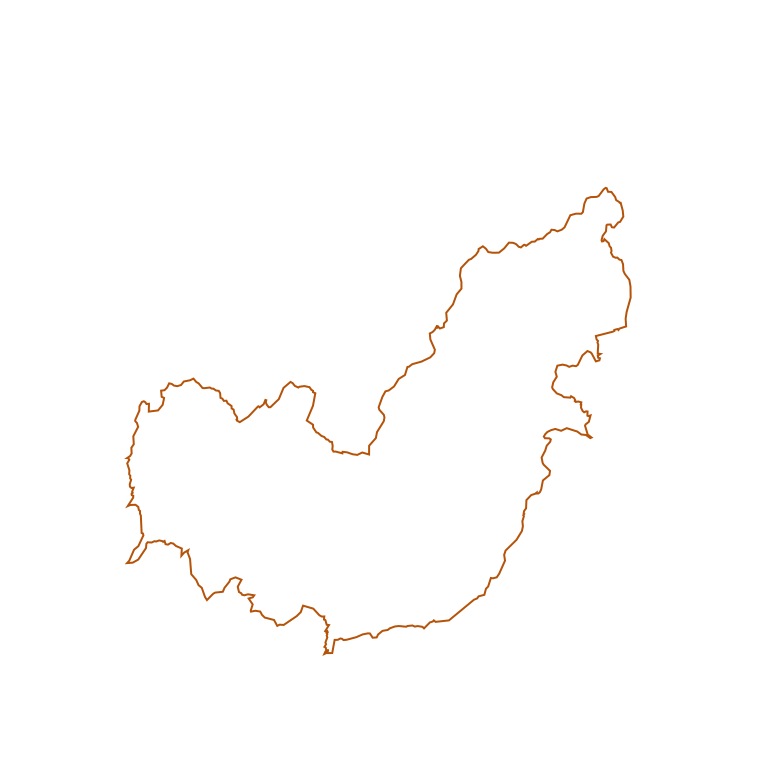 outline of Almasu, Salaj, Romania, rotated 116°
{"feature_id": "2599482B45956025048806", "entity_name": "Almasu", "entity_type": "district", "adm_level": 2, "iso_a3": "ROU", "parent_name": "Romania", "parent_adm1": "Salaj", "projection": "robinson", "projection_center": [23.079, 46.933], "detail": "fine", "context": "isolated", "style": "outline", "palette": "amber", "viewbox_px": 768, "rotation_deg": 116, "n_neighbors": 0, "source": "geoboundaries", "source_scale": "gbopen_adm2", "svg_char_len": 6166}
<svg xmlns="http://www.w3.org/2000/svg" viewBox="0 0 768 768"><g transform="rotate(116 384 384)"><path d="M629.9,527.1L628.3,523.3L625.9,521.4L625.5,519.8L623.1,517.4L622.3,513.9L622.7,513.3L621.3,512.4L623.7,510.2L623.5,509.1L623.0,507.7L620.4,506.0L619.8,503.5L620.8,499.9L620.5,493.6L627.2,490.8L623.1,489.7L619.2,487.1L621.4,486.8L626.3,481.6L639.4,473.9L642.5,466.8L646.1,462.5L647.0,458.5L653.8,451.6L655.8,448.4L647.4,445.6L645.5,444.3L641.4,437.8L637.0,438.0L629.5,436.3L626.9,436.5L622.9,432.7L622.4,426.3L630.3,426.6L634.5,423.2L634.7,420.4L635.6,419.3L635.2,417.0L632.6,414.0L630.8,408.0L633.2,408.4L636.1,411.6L639.7,405.4L646.2,404.4L646.9,403.8L644.2,400.2L642.8,395.5L645.0,392.4L646.2,388.8L644.3,379.4L648.2,373.9L646.1,372.3L644.5,368.5L630.9,360.7L625.5,358.8L618.7,359.6L616.9,349.1L620.2,340.7L620.3,337.9L619.1,335.8L622.0,334.7L621.9,333.2L625.5,330.0L624.8,327.8L632.0,328.5L632.1,327.3L631.0,326.6L631.7,325.8L633.1,326.3L633.6,325.3L635.3,325.2L636.5,323.9L642.1,323.3L643.3,322.0L646.4,322.3L646.5,320.8L648.6,319.2L647.8,317.7L648.3,317.3L649.9,317.5L649.5,319.0L650.0,319.4L652.8,319.3L651.2,318.0L648.5,312.6L635.6,316.2L634.2,313.4L631.9,311.7L631.4,310.1L631.9,308.1L630.2,305.4L623.6,297.8L618.5,293.5L615.2,289.2L614.4,287.3L617.0,283.0L615.0,279.5L611.7,279.5L606.5,277.1L603.4,272.8L601.1,271.7L597.3,268.1L595.1,264.7L592.4,257.6L591.2,256.8L588.6,252.6L588.5,249.9L586.8,247.6L585.4,243.0L586.1,240.9L578.1,238.2L576.2,236.1L574.6,235.6L575.2,233.4L568.0,222.0L538.5,208.6L535.9,206.3L533.4,205.9L529.5,201.4L523.3,202.6L520.4,201.6L511.5,202.9L510.9,200.9L508.3,197.9L503.9,197.3L489.7,197.8L484.9,201.1L480.4,201.7L466.0,196.6L455.6,195.6L451.0,196.8L446.6,199.5L441.5,200.3L440.9,201.3L439.3,201.0L439.0,201.8L436.6,202.4L433.5,201.8L425.9,205.1L419.3,203.0L416.6,200.2L414.7,199.2L415.6,198.9L414.7,197.3L412.9,196.5L409.9,196.5L401.0,198.9L393.4,195.4L389.3,196.7L386.5,205.2L385.4,206.8L381.0,210.1L373.2,209.9L368.2,210.7L363.1,209.3L360.7,209.8L360.4,211.7L362.2,215.5L361.2,217.3L358.4,217.1L355.4,216.1L352.1,213.5L349.3,210.3L348.4,204.3L343.6,200.4L342.0,189.4L342.9,184.5L341.3,180.2L342.2,174.9L341.1,174.0L340.2,178.7L333.4,185.0L332.0,185.1L328.2,183.3L321.7,184.6L323.3,186.2L323.3,187.3L319.5,189.0L320.0,190.4L321.7,191.7L321.2,193.6L319.0,196.5L316.1,197.7L316.2,198.2L314.0,198.6L314.6,201.7L316.1,203.9L315.7,205.1L314.7,205.0L313.3,207.0L313.0,210.5L314.6,210.6L317.0,216.6L316.3,219.6L316.7,224.5L314.5,230.1L313.3,231.4L308.3,232.6L301.7,231.9L297.9,235.3L291.5,236.2L288.3,232.0L287.3,228.0L287.4,225.1L284.8,222.5L283.8,219.2L281.9,218.2L271.4,218.2L265.2,215.6L265.0,212.2L265.6,210.6L270.8,203.5L268.3,200.8L266.2,201.2L266.5,203.0L264.8,204.3L262.1,202.6L262.9,205.3L254.7,208.7L253.2,210.3L251.5,210.5L250.7,212.5L248.0,214.6L236.8,201.4L235.3,200.2L234.4,200.7L232.3,198.3L232.7,196.9L231.1,196.8L226.1,191.6L219.5,195.4L212.9,197.5L198.2,200.2L188.3,205.2L182.8,209.2L179.5,215.8L177.4,218.4L171.5,221.7L168.5,224.9L169.0,227.0L168.1,229.7L169.0,231.2L169.1,234.0L166.4,237.6L164.7,237.8L162.1,239.6L161.2,241.7L158.9,243.7L157.2,249.4L159.4,249.3L160.3,250.6L159.4,251.5L154.9,252.4L149.5,251.4L143.8,253.6L142.9,253.2L141.3,250.2L143.2,247.9L142.5,245.8L136.1,244.3L134.8,242.9L128.6,242.3L123.4,245.5L117.4,250.7L117.8,251.6L117.4,252.0L116.9,256.0L114.6,258.2L111.7,263.8L113.0,266.9L110.4,269.7L110.6,270.8L112.8,271.9L121.0,273.5L122.6,274.9L125.4,280.1L128.5,283.2L133.9,283.0L142.3,280.6L144.4,281.2L146.8,286.2L150.6,290.5L164.1,290.4L167.4,291.9L170.8,295.1L170.8,297.9L171.9,301.1L174.9,301.3L177.5,303.0L183.8,305.1L185.3,307.8L186.2,308.2L186.2,309.3L189.9,310.9L191.3,313.5L197.5,316.9L197.2,318.6L197.7,319.3L201.2,320.8L201.6,323.1L200.4,326.4L200.4,328.3L200.6,330.1L202.2,333.7L209.4,335.4L215.6,338.3L218.4,343.9L219.7,348.1L217.7,351.7L216.9,355.5L221.2,358.1L223.2,357.4L227.6,358.0L233.4,360.5L235.2,362.2L243.8,364.9L246.3,365.6L253.5,363.2L258.4,359.1L264.3,356.2L271.6,358.0L282.2,356.9L292.7,359.3L299.4,355.3L303.2,356.6L306.7,355.2L309.6,358.1L308.9,359.9L309.7,360.5L308.5,361.1L308.7,361.9L313.0,362.1L316.0,363.1L318.5,365.0L323.7,361.8L330.9,353.3L334.3,352.4L339.8,354.1L347.4,360.1L353.8,367.3L357.6,369.2L358.4,370.4L366.7,369.1L373.0,373.0L381.8,373.9L387.7,376.9L390.0,379.5L396.3,379.8L407.3,378.6L409.2,376.9L411.8,370.6L413.9,368.9L417.6,367.9L430.3,369.2L436.2,367.6L446.0,370.3L453.9,366.5L455.1,373.5L459.4,376.9L460.9,381.4L461.6,387.2L463.1,391.5L464.6,391.0L465.9,397.8L466.9,399.8L465.5,401.8L462.1,403.0L458.9,405.4L459.6,407.3L458.6,410.1L459.1,411.5L457.8,414.5L458.1,417.4L456.9,421.9L457.1,423.6L454.2,428.6L451.7,430.0L450.7,437.4L434.7,438.3L422.4,441.7L422.5,444.2L421.2,444.9L421.1,446.7L419.5,449.6L420.8,454.7L423.6,458.9L424.7,459.4L424.8,463.3L423.3,466.4L423.1,468.9L431.5,472.6L443.7,471.9L454.6,475.9L455.4,477.4L454.0,480.3L452.2,482.3L450.2,482.7L450.3,483.6L455.0,483.3L459.5,485.5L459.0,486.9L459.4,487.4L472.8,491.6L481.5,496.9L481.4,500.1L480.6,501.0L479.9,500.6L478.2,501.6L476.1,505.5L472.9,508.0L472.8,510.2L470.6,511.4L469.9,516.1L468.1,518.3L469.4,520.6L468.0,522.9L468.1,524.9L464.0,527.3L462.6,529.5L463.5,532.3L463.0,535.2L463.7,537.1L463.5,539.0L466.7,543.9L467.1,545.5L464.7,550.8L464.5,553.6L462.7,557.6L465.7,560.0L469.5,565.0L473.9,566.0L476.6,568.9L477.5,572.2L477.0,574.7L477.6,577.4L482.3,577.4L485.8,578.6L487.7,581.4L493.0,578.2L492.9,575.6L493.8,575.3L499.7,573.8L506.8,575.5L511.9,583.3L504.8,586.6L506.1,588.7L505.0,590.5L504.8,592.3L506.3,593.7L511.2,594.0L515.2,592.2L525.6,591.8L526.4,591.3L527.4,588.9L530.3,586.2L540.9,586.4L547.8,582.5L552.1,583.1L557.0,580.4L560.0,580.6L563.2,582.4L562.8,581.4L563.7,579.7L567.9,580.0L573.2,575.0L576.8,573.5L577.7,571.8L580.1,570.8L580.9,569.3L585.5,568.6L587.6,567.4L588.2,565.4L586.9,563.5L591.5,563.1L592.0,562.2L593.5,562.7L594.5,561.9L594.3,560.4L596.1,559.6L606.1,560.8L603.9,558.9L601.5,554.4L602.2,551.0L604.7,549.1L605.1,547.6L607.6,546.4L608.8,544.9L624.2,536.5L624.0,535.2L625.5,533.9L637.5,533.7L642.4,536.0L654.4,535.5L657.6,536.4L654.7,531.5L649.5,527.9L635.8,526.0L631.8,527.5L629.9,527.1Z" fill="none" stroke="#b45309" stroke-width="2"/></g></svg>